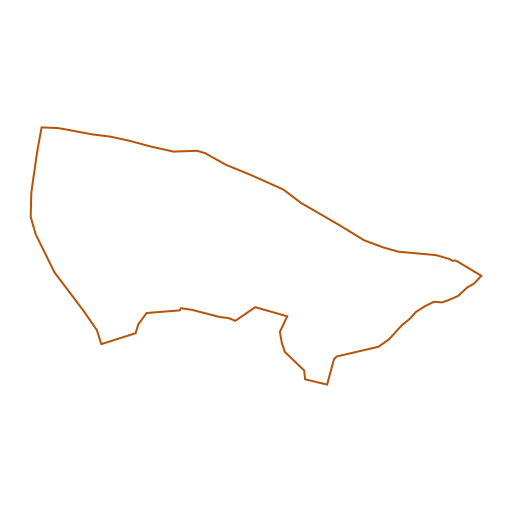 the district of Agatu, Benue, Nigeria
{"feature_id": "59680162B61995403132351", "entity_name": "Agatu", "entity_type": "district", "adm_level": 2, "iso_a3": "NGA", "parent_name": "Nigeria", "parent_adm1": "Benue", "projection": "albers", "projection_center": [7.948, 7.859], "detail": "fine", "context": "isolated", "style": "outline", "palette": "amber", "viewbox_px": 512, "rotation_deg": 0, "n_neighbors": 0, "source": "geoboundaries", "source_scale": "gbopen_adm2", "svg_char_len": 1001}
<svg xmlns="http://www.w3.org/2000/svg" viewBox="0 0 512 512"><path d="M101.3,344.1L135.6,333.2L138.3,324.4L146.6,313.0L179.7,310.4L181.0,308.2L191.8,309.8L218.5,316.7L220.2,317.1L228.3,318.0L235.3,320.8L255.3,307.2L287.2,316.3L279.9,331.9L281.8,343.0L284.9,352.0L304.2,370.5L305.1,379.3L327.1,384.6L334.0,359.2L336.7,356.5L378.5,346.7L388.8,339.5L401.7,325.4L409.7,318.9L415.9,312.0L424.8,306.3L433.9,301.8L442.0,302.4L447.9,300.4L458.0,296.0L467.3,287.4L474.2,283.5L481.3,275.8L461.5,263.9L457.0,261.2L455.0,260.5L452.8,260.9L449.0,258.9L436.0,255.1L419.3,253.6L398.4,251.7L383.2,247.4L364.6,240.5L363.3,239.8L357.8,236.4L338.8,224.8L301.1,203.0L289.4,194.1L283.3,189.5L249.9,174.6L226.3,165.0L218.0,160.4L205.0,153.1L197.0,150.8L173.5,151.6L151.1,146.6L127.9,140.4L110.1,136.6L91.8,134.3L83.2,132.7L58.4,128.1L41.6,127.4L38.2,146.0L36.9,153.7L32.9,181.4L31.3,192.9L30.7,217.0L35.7,234.3L54.5,272.4L55.0,273.1L83.4,310.6L96.9,330.2L101.3,344.1Z" fill="none" stroke="#b45309" stroke-width="2"/></svg>